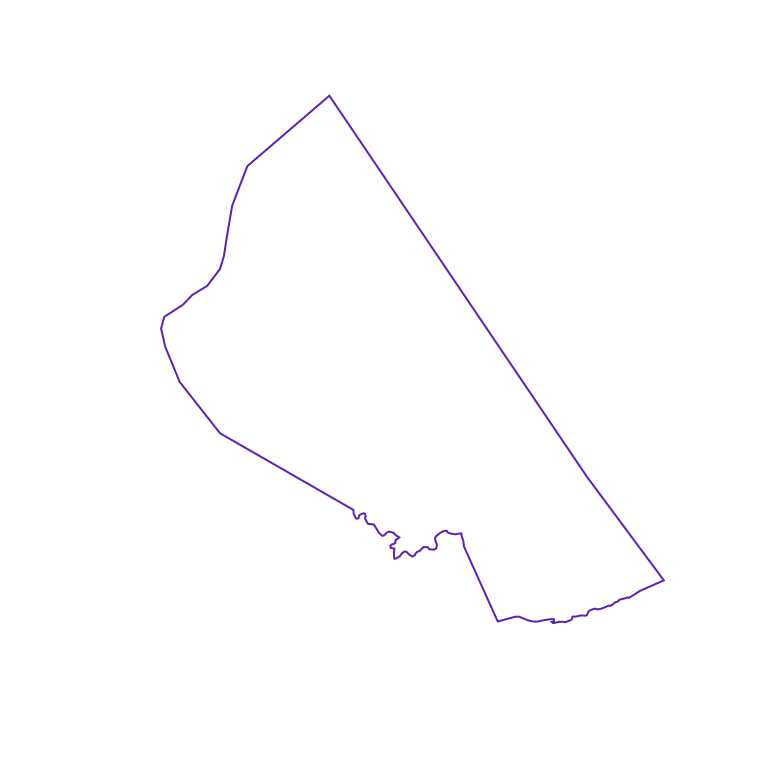 the district of Mukah, Sarawak, Malaysia, rotated 69°
{"feature_id": "92858781B93541557808123", "entity_name": "Mukah", "entity_type": "district", "adm_level": 2, "iso_a3": "MYS", "parent_name": "Malaysia", "parent_adm1": "Sarawak", "projection": "mercator", "projection_center": [112.554, 2.823], "detail": "fine", "context": "isolated", "style": "outline", "palette": "violet", "viewbox_px": 768, "rotation_deg": 69, "n_neighbors": 0, "source": "geoboundaries", "source_scale": "gbopen_adm2", "svg_char_len": 1832}
<svg xmlns="http://www.w3.org/2000/svg" viewBox="0 0 768 768"><g transform="rotate(69 384 384)"><path d="M646.5,362.9L648.3,345.0L649.5,341.5L654.0,336.7L657.6,332.5L659.8,328.6L660.9,325.7L661.3,321.8L663.1,313.3L664.4,309.7L666.6,310.4L666.3,312.6L667.9,311.7L668.8,306.0L669.8,302.7L670.9,301.2L671.4,298.6L671.4,296.6L671.4,295.0L671.0,292.9L668.7,291.3L669.8,288.5L670.7,282.8L672.3,279.5L672.7,277.7L669.4,274.2L669.0,271.3L669.4,267.4L671.0,265.4L671.6,261.7L671.6,257.5L671.4,253.6L672.3,252.0L671.6,248.8L670.7,246.8L670.9,244.1L669.8,241.1L670.1,238.4L670.5,236.0L670.3,233.6L671.4,232.1L671.0,229.5L668.8,218.7L667.6,193.1L543.3,227.8L95.3,331.7L131.6,433.5L163.1,461.8L186.4,475.7L207.5,487.8L217.8,495.9L229.0,513.8L232.2,531.3L238.0,543.4L242.5,565.0L252.3,572.2L270.7,574.9L308.9,574.0L371.3,554.7L490.6,457.7L493.9,458.7L497.0,458.7L499.8,458.1L500.3,456.2L499.1,455.1L497.8,454.3L497.3,452.2L497.3,449.7L498.3,448.1L501.0,448.6L502.5,449.9L505.1,449.7L508.8,449.0L510.2,446.4L511.7,443.7L516.0,443.0L520.7,442.1L523.5,440.9L525.2,440.0L525.3,437.7L524.0,435.4L523.5,432.4L525.1,430.1L526.4,428.2L528.5,427.7L531.5,425.7L532.7,424.8L533.4,426.9L533.9,429.0L536.5,430.7L536.8,432.2L536.6,434.2L537.2,435.9L539.3,436.6L540.8,434.2L541.5,433.3L545.1,435.2L549.2,436.6L550.9,436.8L551.2,434.9L550.8,432.6L550.2,430.3L548.6,428.2L547.7,424.9L548.6,423.2L550.7,422.3L553.1,421.0L555.3,419.2L554.9,416.5L553.7,415.5L552.6,413.4L552.7,410.8L551.4,407.9L550.4,405.4L552.0,401.7L554.6,400.9L556.2,397.4L556.6,396.0L556.2,394.2L554.2,392.9L552.9,392.2L551.7,392.2L549.2,392.2L547.4,391.9L546.1,391.4L544.8,390.1L544.2,388.0L543.1,384.8L542.7,381.2L543.3,378.2L545.3,377.8L547.3,375.6L549.7,371.8L550.6,367.5L551.1,365.4L554.5,366.1L559.4,366.2L563.9,367.6L646.5,362.9Z" fill="none" stroke="#5b21b6" stroke-width="2"/></g></svg>